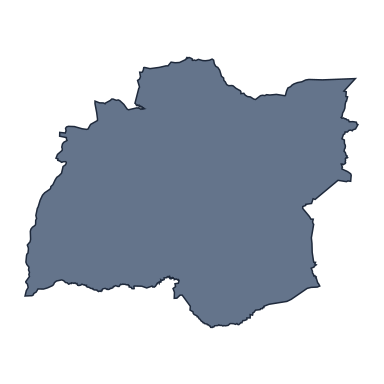 Khok Samrong, Lop Buri, Thailand (Albers equal-area conic projection), rotated 183°
{"feature_id": "78962969B63435084868089", "entity_name": "Khok Samrong", "entity_type": "district", "adm_level": 2, "iso_a3": "THA", "parent_name": "Thailand", "parent_adm1": "Lop Buri", "projection": "albers", "projection_center": [100.783, 15.056], "detail": "fine", "context": "isolated", "style": "filled", "palette": "slate", "viewbox_px": 384, "rotation_deg": 183, "n_neighbors": 0, "source": "geoboundaries", "source_scale": "gbopen_adm2", "svg_char_len": 5872}
<svg xmlns="http://www.w3.org/2000/svg" viewBox="0 0 384 384"><g transform="rotate(183 192 192)"><path d="M34.8,313.8L67.6,310.8L81.2,310.5L84.4,309.8L88.1,307.8L92.3,306.8L95.8,305.3L97.8,303.9L99.0,302.4L101.7,300.9L102.9,297.6L103.7,293.6L104.2,293.0L112.8,293.9L119.5,292.9L122.7,293.1L124.2,292.1L126.6,292.3L128.6,291.8L133.4,287.7L135.4,288.1L138.6,290.0L141.6,290.2L143.9,291.5L145.4,293.3L148.3,292.8L148.4,294.6L149.0,295.6L153.6,297.9L156.4,300.1L157.7,300.4L161.0,300.1L163.0,301.1L164.5,303.7L166.0,305.1L166.4,307.5L168.6,309.1L170.7,315.0L172.7,317.7L174.9,318.8L176.4,321.2L177.3,324.8L178.9,325.8L181.5,324.5L185.4,323.8L188.2,323.8L192.6,324.8L195.0,323.5L196.6,323.9L198.0,323.4L198.6,323.6L198.6,324.8L200.1,325.6L202.0,326.2L203.4,325.4L203.4,325.9L204.1,326.1L205.3,323.9L211.2,320.7L215.6,320.2L219.7,320.6L222.6,316.7L224.6,316.6L231.3,314.7L240.4,313.0L245.8,313.9L246.7,313.7L247.0,311.3L247.8,309.3L248.5,308.9L250.5,308.9L249.5,304.4L250.4,301.9L252.2,300.6L249.9,294.0L250.6,292.6L253.6,277.7L253.2,277.6L252.1,275.8L251.4,275.3L250.9,276.0L249.9,275.4L249.5,275.8L249.2,274.8L248.2,275.1L248.0,274.3L247.3,274.3L247.3,274.8L246.4,274.6L246.1,273.6L244.9,273.6L244.6,273.3L245.2,272.9L244.2,272.6L245.9,272.1L246.7,272.4L247.3,271.9L249.7,273.3L250.4,272.9L251.3,273.2L259.7,270.8L261.0,271.3L264.6,275.9L268.8,279.4L270.4,280.1L272.4,279.6L275.7,280.7L277.1,280.6L278.3,279.2L283.4,276.1L283.5,275.6L285.2,276.3L289.0,276.2L293.6,277.7L293.5,275.1L291.3,266.1L290.2,260.0L290.2,258.4L296.8,254.2L299.2,249.4L300.5,249.0L305.0,249.4L312.9,251.2L318.9,251.1L320.7,250.4L321.6,249.0L321.0,246.6L321.6,244.3L327.2,244.6L327.1,240.8L320.3,239.8L320.3,238.8L319.5,236.9L322.7,234.9L323.9,233.1L324.4,230.0L323.8,228.3L323.9,226.7L328.3,222.5L329.6,218.6L327.6,218.0L327.7,216.6L325.9,216.1L323.7,214.8L322.0,215.5L319.7,215.7L319.1,214.9L319.1,214.1L319.8,212.5L322.1,210.7L323.3,203.9L325.7,201.2L327.8,199.6L329.2,197.1L331.3,192.0L333.2,190.1L333.4,188.4L334.0,187.4L339.0,183.6L341.1,181.0L343.2,175.9L344.9,169.0L345.6,167.6L346.7,160.4L345.8,157.3L346.6,155.6L346.5,151.6L347.0,150.4L349.5,148.5L350.9,146.5L351.4,144.3L350.7,136.3L351.1,133.8L353.7,130.4L352.5,127.6L352.4,125.9L352.6,122.5L353.6,121.3L353.9,120.1L354.2,113.3L353.2,111.0L350.9,108.4L351.2,105.6L350.1,103.4L350.6,101.0L349.9,99.1L353.3,93.8L353.1,92.8L351.6,91.5L350.6,88.1L352.3,84.8L353.3,79.4L346.3,80.1L345.0,81.0L344.8,82.3L342.4,83.9L340.7,87.1L335.2,87.3L331.2,88.7L326.4,91.2L325.4,92.3L324.6,94.3L322.7,96.0L317.5,97.4L315.5,96.7L313.6,95.0L311.8,94.8L310.4,93.5L309.3,93.9L308.9,94.5L307.6,94.3L307.4,95.0L305.2,94.6L304.9,95.0L304.4,94.8L303.7,95.0L302.8,94.2L302.1,94.6L301.3,92.9L300.1,92.7L298.2,93.2L297.1,94.2L294.8,93.4L294.4,93.7L293.5,93.1L292.5,93.3L292.6,92.4L291.7,91.6L290.1,91.5L287.7,90.3L286.0,90.4L285.8,89.6L284.4,89.1L281.8,89.1L281.4,88.4L280.0,87.7L279.5,88.2L277.7,88.0L277.7,88.4L276.9,88.6L277.1,89.2L276.4,89.5L276.3,90.3L275.7,90.7L273.6,91.2L272.5,90.6L271.9,90.8L271.7,90.3L270.1,90.3L269.0,90.8L268.6,91.5L267.6,91.5L266.1,92.2L265.5,93.5L265.1,93.3L263.5,94.5L261.1,93.8L259.8,93.9L258.5,96.1L257.3,95.9L256.2,96.5L255.3,96.2L254.0,96.4L252.9,95.9L250.9,96.1L250.7,95.3L249.8,95.2L249.8,93.9L247.6,93.5L247.0,92.4L245.4,92.3L244.7,92.5L245.1,94.8L244.5,95.1L237.2,95.3L232.2,93.8L227.1,95.9L226.5,95.8L226.3,95.1L224.5,95.1L224.0,95.8L223.6,95.9L222.2,98.5L221.7,98.6L221.9,99.1L220.6,100.1L220.0,99.3L220.0,100.1L219.4,100.8L218.7,100.3L218.2,100.6L218.7,101.3L218.3,101.6L218.5,102.5L218.0,102.1L217.1,102.6L216.9,102.3L215.2,103.1L215.4,104.8L212.7,105.1L212.4,106.0L211.8,106.3L211.4,105.9L211.1,106.3L210.3,105.8L210.1,106.1L210.0,105.0L209.4,104.4L209.0,105.3L208.6,104.8L207.8,105.2L207.8,104.7L206.9,105.6L206.3,105.4L206.4,104.7L204.8,104.3L204.9,103.6L203.2,104.3L202.0,103.6L201.3,104.0L200.9,103.8L201.1,103.1L200.3,102.7L200.9,100.2L204.2,99.5L203.5,96.6L205.9,94.6L204.3,91.0L204.2,84.9L201.5,85.2L198.5,88.4L196.4,88.5L187.7,77.8L187.8,74.0L184.8,72.4L184.4,70.9L183.5,69.8L180.6,68.6L180.3,67.7L179.5,67.7L178.2,65.7L177.4,65.4L176.0,63.6L174.5,62.8L174.2,62.1L173.2,62.0L172.8,61.3L170.0,60.9L169.7,60.2L168.8,60.3L167.4,59.1L166.8,59.0L166.3,57.8L164.6,57.8L164.3,58.3L163.2,58.3L162.4,59.6L159.1,60.0L158.2,60.8L157.2,60.2L155.5,60.4L154.1,59.8L153.2,60.3L151.7,60.1L149.0,60.7L147.0,62.6L143.8,62.7L141.5,62.1L140.3,63.0L139.2,62.0L138.3,62.0L136.2,64.2L135.4,64.0L134.4,66.3L132.9,66.4L130.5,67.5L130.6,69.1L127.3,69.3L127.5,72.6L125.1,72.2L124.8,74.6L123.6,75.3L122.4,77.3L117.8,78.1L117.4,79.0L115.6,79.2L115.5,80.0L114.3,80.3L114.4,81.1L114.0,81.2L114.1,81.7L109.2,83.9L91.5,87.7L87.3,90.0L71.9,101.8L68.0,103.0L61.9,103.6L59.5,104.8L61.0,107.3L61.7,107.8L63.2,112.0L63.7,112.5L63.4,113.6L64.0,114.1L64.5,113.9L65.0,114.9L66.0,114.6L66.4,116.2L67.4,117.3L67.6,119.3L69.0,122.1L66.2,123.4L66.0,124.2L64.1,125.8L65.7,126.6L65.0,128.2L66.8,128.3L68.8,138.0L69.5,146.8L70.4,152.5L68.8,166.1L69.3,166.5L70.0,168.4L69.5,171.2L71.8,171.1L73.5,173.7L80.6,181.4L80.6,183.3L77.8,184.5L77.8,185.6L72.0,186.8L70.7,191.6L68.7,191.0L46.8,211.3L38.3,210.4L37.0,211.2L34.1,211.0L33.9,217.1L34.5,218.5L37.5,220.4L43.4,222.8L43.4,224.3L43.1,224.6L44.4,227.7L43.4,227.8L42.5,227.2L40.6,228.4L40.1,229.2L40.6,229.9L40.3,231.5L40.6,233.3L39.9,234.3L39.2,234.0L38.4,234.5L39.2,235.4L39.0,236.1L39.9,236.5L41.0,239.6L42.2,240.5L42.0,242.8L41.4,243.8L41.2,245.6L41.4,246.8L42.3,248.4L42.6,251.9L45.0,253.0L43.8,257.3L42.5,258.1L42.3,259.9L40.0,260.0L38.4,261.8L36.8,262.1L35.1,261.5L34.4,262.6L32.0,263.5L29.8,268.0L31.0,268.6L31.5,270.3L35.0,270.7L38.7,270.4L39.5,272.1L41.1,272.2L42.2,273.2L43.1,273.1L44.6,273.9L46.1,273.5L47.0,274.2L46.1,275.3L45.7,278.8L44.6,280.9L43.7,283.8L43.6,287.8L43.0,290.7L42.5,290.8L41.6,295.2L43.3,295.4L43.2,300.2L45.6,300.7L34.8,313.8Z" fill="#64748b" stroke="#1e293b" stroke-width="1.5"/></g></svg>